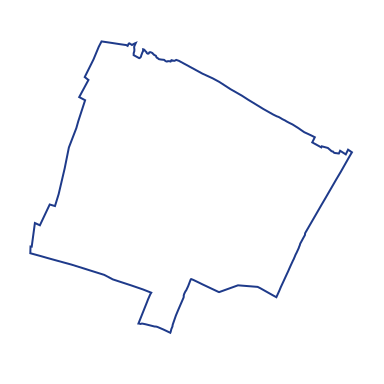 outline of Desa, Dolj, Romania, rotated 96°
{"feature_id": "2599482B69091861879874", "entity_name": "Desa", "entity_type": "district", "adm_level": 2, "iso_a3": "ROU", "parent_name": "Romania", "parent_adm1": "Dolj", "projection": "natural_earth1", "projection_center": [23.007, 43.851], "detail": "fine", "context": "isolated", "style": "outline", "palette": "blue", "viewbox_px": 384, "rotation_deg": 96, "n_neighbors": 0, "source": "geoboundaries", "source_scale": "gbopen_adm2", "svg_char_len": 3465}
<svg xmlns="http://www.w3.org/2000/svg" viewBox="0 0 384 384"><g transform="rotate(96 192 192)"><path d="M269.8,346.4L271.5,336.0L272.8,328.6L274.3,319.6L276.8,304.3L283.6,270.6L287.2,261.6L291.2,242.9L294.0,230.7L296.4,222.0L298.1,222.8L303.4,224.5L306.4,225.3L328.4,231.5L328.4,231.4L328.4,230.5L328.5,230.1L328.6,229.7L328.6,229.3L328.5,229.1L328.4,228.8L328.3,228.6L328.2,228.4L328.1,228.2L328.1,227.6L328.1,227.4L328.4,224.3L329.7,215.1L329.6,213.7L329.7,212.9L329.9,212.0L331.7,206.2L333.0,202.5L334.3,198.9L333.3,198.6L330.4,198.2L329.5,197.9L328.7,197.7L328.0,197.4L327.3,197.4L325.9,197.3L316.5,195.1L310.8,193.4L299.0,189.7L298.4,189.5L297.6,189.3L296.6,189.3L296.0,189.4L295.6,189.4L295.2,189.3L294.1,189.1L291.6,188.2L291.2,188.0L290.9,187.8L290.7,187.6L286.1,186.0L283.5,185.3L279.7,184.3L279.2,184.1L278.8,183.9L278.7,183.8L278.7,183.6L279.4,181.2L281.4,175.6L282.7,172.1L288.5,155.5L288.6,155.1L288.7,154.8L288.7,154.5L280.0,136.5L279.5,116.8L280.6,113.9L286.4,100.5L287.8,97.1L280.9,94.8L277.2,93.7L270.5,91.4L263.4,89.0L261.4,88.3L259.9,87.8L258.9,87.5L254.9,86.2L249.3,84.3L248.4,83.9L247.3,83.6L245.8,83.1L244.0,82.6L243.1,82.3L241.6,81.7L236.3,79.9L235.9,79.9L234.9,79.6L233.6,79.2L232.6,79.1L231.6,78.8L230.7,78.4L225.8,76.4L223.0,75.2L222.1,75.2L221.3,75.2L220.7,75.0L200.1,65.8L191.3,61.9L183.8,58.5L167.9,51.4L164.3,49.8L156.5,46.2L141.1,39.5L135.8,37.1L135.7,37.3L135.1,38.4L133.6,41.2L138.5,43.0L135.5,49.0L138.3,49.9L138.4,50.6L138.3,51.8L138.3,52.6L138.3,53.5L138.2,54.6L137.8,55.2L137.4,55.7L137.0,56.1L137.0,56.7L136.9,57.1L136.8,57.3L136.8,57.6L136.5,57.9L134.0,61.5L133.0,67.7L134.1,68.1L132.7,71.4L130.1,77.6L124.7,75.6L123.4,79.0L122.0,83.0L120.8,86.6L118.8,90.3L117.5,92.6L114.3,99.1L113.1,102.4L111.9,105.4L111.6,106.0L111.1,107.0L110.5,108.7L109.9,110.2L109.4,111.2L108.5,113.2L108.1,114.5L107.9,115.5L106.5,119.3L102.1,129.5L94.3,145.9L91.1,152.2L85.7,164.5L79.6,176.5L76.8,183.3L73.2,194.0L62.9,218.8L62.3,221.5L63.3,223.0L63.4,223.4L63.4,223.7L63.4,224.1L63.3,224.4L63.3,224.7L63.4,224.8L63.5,225.0L63.5,225.3L63.4,225.4L63.4,225.5L63.2,225.7L63.0,225.9L63.0,226.1L63.2,226.4L63.4,226.5L63.8,226.6L64.4,226.8L64.5,226.9L64.5,227.2L64.4,227.5L64.3,227.9L64.3,228.0L64.3,228.6L64.3,228.8L64.4,229.1L64.4,229.7L64.8,230.3L64.9,230.8L64.7,231.6L64.2,232.6L63.7,233.2L63.5,233.6L63.5,234.3L63.5,236.6L63.4,238.1L63.3,238.9L62.9,239.5L62.5,240.0L62.2,240.5L62.2,240.9L61.9,241.2L61.5,241.6L61.0,241.8L60.5,242.0L60.2,242.4L59.9,243.2L59.7,243.9L59.4,244.1L59.2,244.5L58.9,245.0L58.6,245.2L57.9,246.0L57.6,246.9L57.3,247.9L57.5,248.9L58.9,249.7L59.0,250.7L58.5,251.5L57.6,252.0L57.3,252.4L56.6,253.3L55.7,254.1L55.3,254.8L55.2,255.1L55.2,255.5L55.5,255.4L56.1,255.5L56.5,255.4L57.0,255.4L57.5,255.6L58.6,256.0L59.3,256.2L59.9,256.3L61.2,256.7L61.9,256.8L62.5,256.9L63.3,257.2L63.7,257.5L64.1,258.0L64.4,258.5L62.0,264.3L61.8,264.3L61.3,264.4L60.4,264.5L59.4,264.4L58.0,264.1L56.3,264.2L54.9,264.5L53.8,264.7L52.4,264.4L50.9,263.9L49.7,263.5L50.3,264.6L50.5,264.9L50.7,265.2L51.1,265.8L51.5,266.4L51.9,266.7L52.1,267.1L51.5,268.1L51.3,268.9L50.9,269.3L50.7,270.0L50.9,270.2L51.5,270.7L52.3,270.9L53.4,271.3L52.7,272.9L52.7,274.3L52.5,279.6L52.1,287.9L51.7,297.7L57.3,299.9L70.4,303.8L88.9,310.7L91.4,306.7L109.4,314.1L111.9,307.9L133.5,312.5L140.5,313.7L160.6,319.1L181.9,321.1L208.1,324.4L220.3,326.8L219.3,332.2L241.0,339.8L239.3,345.0L263.1,345.7L263.1,346.9L269.8,346.4Z" fill="none" stroke="#1e3a8a" stroke-width="2"/></g></svg>